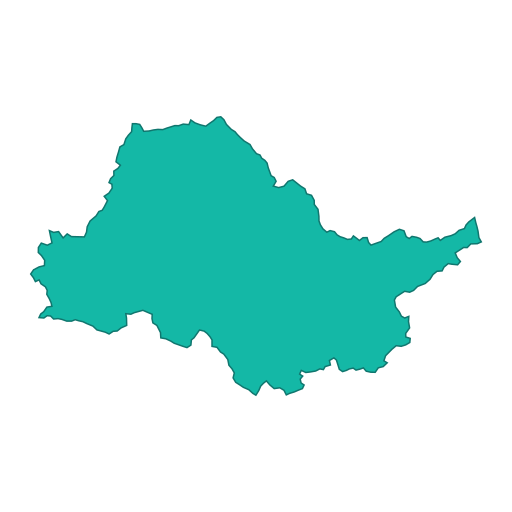 outline of Juquitiba, São Paulo, Brazil
{"feature_id": "56859067B20186311483240", "entity_name": "Juquitiba", "entity_type": "district", "adm_level": 2, "iso_a3": "BRA", "parent_name": "Brazil", "parent_adm1": "São Paulo", "projection": "orthographic", "projection_center": [-47.012, -23.95], "detail": "fine", "context": "isolated", "style": "filled", "palette": "teal", "viewbox_px": 512, "rotation_deg": 0, "n_neighbors": 0, "source": "geoboundaries", "source_scale": "gbopen_adm2", "svg_char_len": 3835}
<svg xmlns="http://www.w3.org/2000/svg" viewBox="0 0 512 512"><path d="M367.1,237.6L363.0,237.7L359.4,240.5L356.5,238.2L353.4,235.9L351.3,239.0L347.4,239.4L343.9,237.9L340.1,236.7L337.1,234.9L334.5,231.7L330.1,230.6L326.8,232.2L322.9,228.8L320.4,224.8L319.0,221.0L318.9,216.3L318.0,209.3L314.3,204.5L314.2,200.3L311.5,195.3L306.6,193.8L304.9,188.8L300.6,186.1L297.2,183.4L292.7,179.8L288.2,181.3L284.0,186.2L278.6,187.6L273.3,186.1L276.1,181.3L274.2,177.5L271.1,175.7L269.8,172.1L268.2,167.7L267.1,163.1L264.8,160.3L261.7,158.2L260.0,155.0L256.5,153.7L252.5,148.9L250.0,144.5L244.3,141.1L240.2,137.4L237.4,134.6L235.0,131.7L231.3,129.4L226.4,124.4L223.9,119.7L220.8,116.8L216.9,117.4L213.6,120.6L209.7,123.3L205.8,126.2L200.2,124.8L195.0,122.9L190.8,120.0L188.9,124.6L183.2,124.1L178.7,125.7L174.8,125.6L170.7,126.9L166.8,128.1L162.8,129.6L157.8,129.4L153.3,130.0L149.0,131.0L143.7,131.3L141.8,127.7L139.7,124.4L136.0,123.7L132.4,123.7L131.9,127.8L131.6,131.7L128.4,135.2L125.8,138.8L123.9,144.6L119.9,146.9L118.5,152.0L116.9,157.2L116.0,161.8L120.4,165.2L117.9,168.4L113.8,171.1L113.9,175.5L110.6,178.7L109.0,182.6L111.9,184.2L112.2,188.2L108.9,193.1L104.2,196.3L107.5,200.6L104.1,207.2L102.2,210.3L98.9,211.5L96.1,215.9L90.1,221.0L87.2,226.8L86.5,232.2L84.4,236.9L79.5,236.8L71.4,236.6L67.2,233.9L63.1,237.9L58.6,231.6L53.6,232.4L49.4,230.6L50.6,236.5L52.0,242.9L47.3,245.2L41.3,243.1L38.4,247.5L38.3,252.5L41.5,255.6L44.7,260.3L44.4,265.6L39.1,266.9L33.6,269.8L30.7,274.0L33.5,277.8L35.4,281.6L39.1,279.9L41.0,283.8L45.4,286.8L47.2,290.4L46.8,294.3L49.3,298.7L51.1,302.7L51.9,306.3L46.9,307.1L43.7,311.7L40.7,314.0L39.0,317.6L43.9,318.0L47.1,315.7L50.6,316.0L53.6,319.0L58.1,318.6L61.9,319.4L66.7,321.1L71.7,321.1L75.2,319.7L78.5,320.7L82.9,321.7L86.6,323.5L92.9,326.1L96.9,329.9L101.0,331.0L105.3,332.2L109.1,334.0L113.2,331.3L117.2,331.0L121.1,327.9L126.7,325.4L126.5,318.0L125.8,313.7L130.9,314.2L134.2,312.7L142.9,310.3L146.8,312.0L152.2,314.3L152.0,318.7L152.9,322.9L156.9,325.4L158.7,329.0L160.5,332.6L160.8,337.9L165.9,338.8L170.8,341.1L174.1,343.2L178.1,344.6L182.6,346.2L187.0,347.6L190.9,345.1L191.4,339.9L194.0,337.8L199.5,330.0L204.1,331.1L207.1,333.4L210.0,336.7L212.0,339.9L212.0,346.4L217.0,347.3L220.5,352.0L223.8,354.1L227.8,359.5L228.9,365.2L232.0,368.8L234.3,372.9L233.1,377.9L235.7,382.3L240.1,385.1L243.3,387.3L248.8,389.7L252.9,393.4L255.9,395.2L258.8,390.5L260.7,386.1L263.5,383.2L266.4,380.9L269.8,384.9L274.2,388.6L279.8,387.8L284.0,390.3L286.3,394.9L289.5,393.4L294.4,391.9L298.3,390.2L302.4,388.6L304.1,385.0L301.1,383.0L300.2,379.1L302.7,376.1L299.6,374.1L301.3,370.4L305.8,372.5L310.7,371.9L315.7,371.0L319.8,368.9L323.4,369.6L325.1,366.6L330.4,365.0L329.4,360.5L333.9,357.9L336.4,360.0L337.5,363.5L339.3,369.3L342.6,371.6L346.4,370.4L349.4,368.9L353.2,368.1L356.0,370.1L359.7,369.2L363.4,367.9L366.2,371.2L370.7,372.2L375.2,372.3L378.3,367.8L383.2,366.6L387.2,362.8L383.9,360.8L385.6,355.7L391.9,349.3L396.2,345.7L401.2,346.3L405.7,344.9L409.8,342.5L410.2,338.4L405.8,337.0L405.7,333.4L409.6,327.9L408.5,321.6L408.8,316.4L404.7,318.0L401.4,316.2L399.3,311.9L395.6,307.1L394.4,300.0L396.2,296.7L404.6,291.3L409.7,292.2L413.6,290.4L417.6,286.4L425.2,283.5L430.0,279.3L433.0,274.5L437.0,271.3L442.1,270.9L444.0,267.1L448.2,263.6L451.7,264.2L457.6,264.8L460.4,261.5L457.2,257.7L455.2,252.9L463.6,247.5L467.2,247.6L470.8,243.9L477.3,243.7L481.3,241.9L478.9,237.6L478.0,231.1L476.9,226.5L475.8,222.7L474.6,217.5L468.8,221.9L466.1,224.9L464.4,228.6L459.1,230.3L455.2,233.8L451.2,235.6L444.9,237.2L440.3,240.4L438.1,237.8L434.9,239.1L430.7,241.0L426.6,242.1L423.2,241.9L420.0,238.5L416.7,237.3L412.0,236.4L409.2,238.5L406.2,236.7L404.0,230.8L399.4,229.3L394.1,231.8L388.6,235.6L384.2,238.3L381.2,241.5L376.3,243.2L371.0,245.1L368.6,242.5L367.1,237.6Z" fill="#14b8a6" stroke="#0f766e" stroke-width="1.5"/></svg>